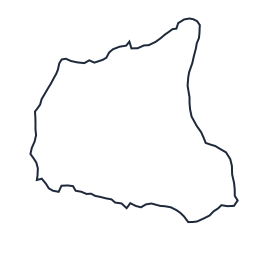 outline of Jeriquara, São Paulo, Brazil, rotated 173°
{"feature_id": "56859067B66998446193520", "entity_name": "Jeriquara", "entity_type": "district", "adm_level": 2, "iso_a3": "BRA", "parent_name": "Brazil", "parent_adm1": "São Paulo", "projection": "robinson", "projection_center": [-47.576, -20.342], "detail": "fine", "context": "isolated", "style": "outline", "palette": "slate", "viewbox_px": 256, "rotation_deg": 173, "n_neighbors": 0, "source": "geoboundaries", "source_scale": "gbopen_adm2", "svg_char_len": 1520}
<svg xmlns="http://www.w3.org/2000/svg" viewBox="0 0 256 256"><g transform="rotate(173 128 128)"><path d="M28.0,42.7L30.3,47.7L29.6,53.6L29.4,60.4L30.3,69.2L29.5,77.8L30.3,84.6L33.7,91.9L39.8,96.5L43.6,99.5L48.0,101.4L52.7,103.7L54.2,109.5L55.9,114.9L59.5,121.6L63.5,131.6L64.1,138.7L63.9,145.1L63.2,150.9L63.7,162.7L62.0,171.1L60.5,176.0L56.3,184.5L53.7,191.7L50.8,199.0L49.5,203.5L46.6,208.7L45.5,213.6L44.2,221.4L46.4,225.6L49.9,228.0L53.7,229.2L59.0,228.9L65.4,226.0L67.9,220.7L71.7,220.7L76.2,218.2L80.2,216.1L84.4,213.3L89.9,210.2L97.3,207.7L102.2,208.0L108.7,206.0L114.9,206.6L116.1,213.6L119.7,210.0L126.5,209.7L133.3,208.0L137.5,205.3L140.9,200.4L144.9,198.7L153.4,197.0L158.2,199.9L163.4,197.7L170.3,199.3L176.6,201.5L181.2,204.3L185.5,204.1L188.4,200.4L190.4,194.6L192.7,190.4L195.4,186.8L199.0,181.6L203.0,176.6L206.4,172.1L210.2,167.2L212.4,161.9L215.3,158.7L218.3,155.7L218.7,149.2L219.3,143.6L220.0,138.0L220.1,132.1L222.4,125.8L225.9,120.0L228.0,114.1L225.2,109.0L223.2,104.8L222.4,98.9L223.6,91.9L224.8,87.5L219.8,88.2L216.2,82.6L214.0,77.8L210.2,74.9L204.6,73.1L201.1,78.8L194.7,78.3L189.7,77.0L187.6,72.1L182.1,70.4L177.2,67.6L172.7,67.3L168.8,64.6L163.7,62.9L158.6,60.9L153.1,59.2L149.9,55.6L143.6,53.9L139.1,48.6L134.9,53.1L129.8,49.7L124.8,47.7L119.5,50.0L114.0,50.2L105.6,46.8L100.7,45.8L95.2,44.1L90.1,40.7L86.5,37.5L83.2,33.4L79.7,27.3L75.1,26.8L70.9,26.8L63.2,29.2L57.7,31.2L53.1,34.9L48.4,37.2L44.7,40.0L38.9,38.3L32.3,37.8L28.0,42.7Z" fill="none" stroke="#1e293b" stroke-width="2"/></g></svg>